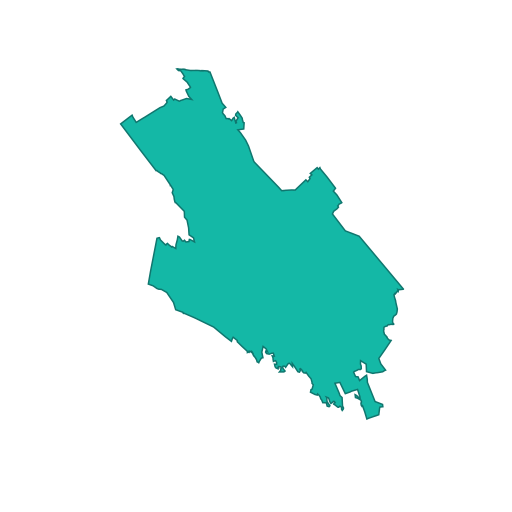 the district of Umurgas pag., Limbaži, Latvia, rotated 57°
{"feature_id": "27541924B87093232945567", "entity_name": "Umurgas pag.", "entity_type": "district", "adm_level": 2, "iso_a3": "LVA", "parent_name": "Latvia", "parent_adm1": "Limbaži", "projection": "natural_earth1", "projection_center": [24.943, 57.497], "detail": "fine", "context": "isolated", "style": "filled", "palette": "teal", "viewbox_px": 512, "rotation_deg": 57, "n_neighbors": 0, "source": "geoboundaries", "source_scale": "gbopen_adm2", "svg_char_len": 5977}
<svg xmlns="http://www.w3.org/2000/svg" viewBox="0 0 512 512"><g transform="rotate(57 256 256)"><path d="M439.8,249.0L439.6,248.2L446.0,249.7L453.1,251.8L453.4,249.9L456.0,239.5L450.8,235.1L450.2,234.3L451.5,231.7L449.4,230.7L442.9,235.4L422.6,231.4L419.9,229.8L416.2,228.2L416.2,230.2L416.9,237.0L413.0,236.2L411.3,238.2L406.6,237.4L406.4,236.4L406.9,233.3L406.9,232.0L408.1,230.2L407.9,229.1L405.7,227.8L404.8,227.5L403.6,227.3L400.7,225.3L406.7,222.5L413.2,226.3L418.1,221.9L419.1,219.4L420.1,217.5L422.1,212.8L422.1,210.6L422.3,209.5L414.5,210.1L408.8,208.8L405.0,199.4L400.4,188.6L400.1,188.8L399.7,189.7L398.2,190.3L396.5,190.6L395.4,190.3L395.3,190.5L394.7,190.4L394.5,190.5L393.3,190.5L391.6,191.0L390.3,190.4L389.4,190.4L389.2,190.1L388.2,189.7L387.3,188.7L387.0,188.7L386.5,188.2L386.1,188.1L385.5,187.5L385.4,186.7L385.5,185.9L386.1,184.0L385.7,183.1L385.7,182.2L386.3,181.5L386.7,180.2L387.1,179.7L387.1,179.3L387.5,179.1L388.0,178.4L388.3,177.8L388.2,177.6L387.8,177.5L386.7,177.7L386.0,177.5L385.1,177.0L382.8,175.2L381.7,173.5L381.5,173.0L381.4,171.0L381.2,170.3L381.2,169.9L379.7,168.2L377.4,166.3L371.3,164.1L369.3,163.2L366.0,162.3L363.7,161.4L363.4,161.1L363.4,160.5L363.0,159.9L363.2,159.7L363.6,159.7L363.1,158.5L363.2,158.4L363.1,158.2L362.8,158.0L362.9,157.4L362.8,157.2L362.9,156.7L362.5,156.6L362.4,156.4L363.2,156.1L362.6,155.6L361.4,155.3L362.2,154.9L362.2,154.7L362.1,154.4L362.6,153.6L364.1,150.6L364.0,150.4L295.6,158.7L283.6,167.4L262.4,169.0L260.8,166.5L260.5,162.2L259.9,160.2L258.5,160.2L258.2,159.1L257.7,157.9L258.0,156.3L258.0,155.0L248.9,154.9L243.7,155.8L242.5,152.4L228.4,153.4L218.0,154.6L216.7,154.3L217.2,156.4L215.2,156.6L216.3,165.5L218.4,165.0L219.0,168.4L220.5,168.5L221.9,172.1L219.3,172.7L220.0,176.5L221.7,185.6L222.1,187.1L220.5,189.5L220.3,189.7L217.1,195.3L215.9,197.6L216.0,197.6L215.2,198.9L210.7,199.6L176.2,206.3L175.0,206.2L159.7,202.4L153.2,201.6L144.3,201.9L140.3,202.5L142.8,197.1L137.8,193.4L137.1,194.0L134.2,193.1L132.9,192.5L129.5,192.5L125.1,192.7L125.4,193.3L125.8,195.3L126.0,195.7L126.9,196.5L130.3,195.7L132.0,199.3L133.6,199.8L133.5,200.5L127.9,198.8L128.0,199.3L127.9,199.9L128.0,200.2L129.2,202.7L126.2,203.7L126.3,204.2L125.6,204.5L124.5,206.2L121.4,205.7L118.9,206.1L117.6,206.1L114.9,203.5L114.9,200.4L109.4,201.2L98.6,198.9L76.6,194.4L75.8,195.5L75.2,195.3L74.6,196.0L74.4,195.9L71.6,199.6L71.2,200.2L71.5,200.2L70.3,202.0L70.0,202.0L68.3,204.3L64.7,210.0L61.1,214.0L60.7,213.9L59.7,215.2L59.9,215.3L56.7,219.7L56.4,219.6L56.0,220.5L57.9,220.1L58.5,219.8L59.2,218.7L60.0,218.2L63.5,218.1L65.6,218.2L66.4,218.1L67.0,219.6L67.2,220.4L67.4,220.6L73.4,218.9L73.8,219.1L78.5,219.0L79.0,219.2L79.0,219.7L79.2,222.3L78.5,224.2L79.4,224.6L85.4,225.4L89.7,224.7L86.1,228.4L84.8,233.7L84.6,234.1L84.4,236.0L80.6,238.4L80.1,238.6L80.4,240.1L75.7,240.5L76.7,245.9L76.7,246.4L78.6,246.8L79.1,247.9L80.1,251.6L79.3,255.7L79.0,274.1L78.9,276.0L78.7,283.7L72.3,283.6L70.4,283.2L70.7,287.6L71.5,297.6L104.6,295.3L130.1,293.3L130.3,292.6L132.1,292.1L134.2,291.0L134.7,291.1L136.1,290.0L136.5,290.0L138.3,289.2L149.5,289.1L150.3,289.5L150.5,289.1L155.0,289.2L155.6,289.7L157.3,291.8L161.4,292.4L163.8,293.6L166.3,294.5L167.3,294.6L167.5,294.2L179.5,291.8L184.5,294.8L188.5,294.3L189.6,294.8L195.7,297.2L201.8,300.6L206.7,298.5L210.7,299.9L206.0,302.5L205.8,302.9L207.4,304.4L206.1,307.1L203.8,307.4L204.0,308.8L203.2,309.7L198.4,309.9L196.9,310.7L199.5,313.1L203.0,317.0L206.0,319.2L202.4,321.1L202.6,321.8L199.1,323.0L197.2,323.4L197.3,324.9L197.7,325.4L197.4,325.9L190.5,327.4L188.0,327.0L187.9,327.1L187.2,329.4L211.0,352.4L220.9,361.6L225.0,358.5L229.3,356.8L230.8,355.7L232.5,353.5L238.0,350.7L250.1,350.5L257.3,352.6L263.4,348.0L263.7,347.9L264.4,347.9L264.5,348.1L264.8,347.9L264.7,347.6L264.8,347.5L274.0,341.4L292.5,330.2L307.3,325.6L314.2,323.1L312.3,320.7L311.7,319.4L316.7,317.7L317.7,318.4L324.0,317.0L331.1,315.2L332.1,315.7L332.0,315.2L332.5,315.0L332.4,314.5L332.7,314.3L332.4,314.2L332.1,313.7L332.7,313.6L332.6,313.3L332.6,313.1L333.0,313.0L333.0,312.8L333.4,312.6L333.2,312.5L333.7,312.0L333.4,312.0L333.4,311.7L334.0,311.6L334.3,312.1L334.6,312.2L334.8,311.9L335.3,311.8L335.1,311.6L335.4,311.6L335.7,311.8L336.1,311.7L336.5,312.0L336.7,311.8L337.2,312.1L338.3,312.3L338.5,312.1L339.3,312.2L339.9,312.0L341.0,312.0L341.7,311.9L342.1,312.1L342.8,311.9L345.4,312.7L346.6,311.9L347.0,311.8L346.1,310.4L344.8,307.6L344.6,306.9L345.1,305.6L339.8,303.5L335.7,299.3L339.4,298.1L342.5,298.5L341.1,299.5L341.8,300.3L343.6,300.3L345.5,298.4L345.7,297.7L346.1,295.8L346.9,294.4L349.9,295.2L348.6,296.8L350.7,297.2L351.8,297.9L353.9,298.8L354.1,297.6L354.4,296.6L356.7,296.7L358.1,297.7L356.8,299.4L359.3,300.3L360.8,300.2L362.6,299.0L361.7,298.5L362.2,297.9L360.9,297.4L362.4,295.6L363.8,295.9L364.2,296.8L365.3,297.4L366.0,299.5L368.4,295.7L368.3,294.3L365.6,294.6L363.5,294.2L363.1,293.3L364.1,291.9L365.5,291.8L364.0,288.2L363.8,287.4L364.0,286.7L364.4,286.2L368.7,285.7L365.9,284.1L369.9,283.9L375.9,283.9L377.1,282.8L376.0,280.8L374.7,280.9L374.6,280.2L375.7,279.8L377.8,279.6L378.0,280.0L380.0,279.6L381.2,278.2L380.9,277.4L385.3,277.2L388.9,276.7L392.2,277.7L393.4,278.4L395.2,278.1L398.2,281.5L398.0,282.6L399.9,284.5L404.2,282.0L406.0,280.4L405.2,279.5L407.1,279.0L409.0,278.9L411.1,279.5L412.4,279.3L415.4,279.9L417.4,277.0L420.7,278.1L422.2,276.8L421.9,275.6L416.7,275.7L413.4,273.8L412.7,273.8L414.5,272.5L416.7,272.9L417.7,273.4L420.5,273.5L420.4,271.3L420.0,270.5L420.2,270.0L420.7,269.5L422.1,269.5L422.1,270.8L422.6,271.5L423.6,271.0L427.4,269.7L427.9,269.0L427.6,267.4L429.7,266.6L430.9,267.7L432.5,267.8L432.0,266.3L431.2,265.4L428.9,265.1L421.6,260.9L418.8,261.6L416.6,261.0L405.7,259.1L407.7,254.5L420.1,256.1L421.3,251.1L421.4,249.6L423.2,243.5L430.3,245.4L431.8,246.1L431.1,246.7L429.8,247.3L429.4,247.1L427.4,247.8L426.3,248.4L428.9,249.7L430.6,248.3L434.1,246.5L435.8,247.0L436.5,247.8L436.5,248.1L438.4,249.0L439.8,249.0Z" fill="#14b8a6" stroke="#0f766e" stroke-width="1.5"/></g></svg>